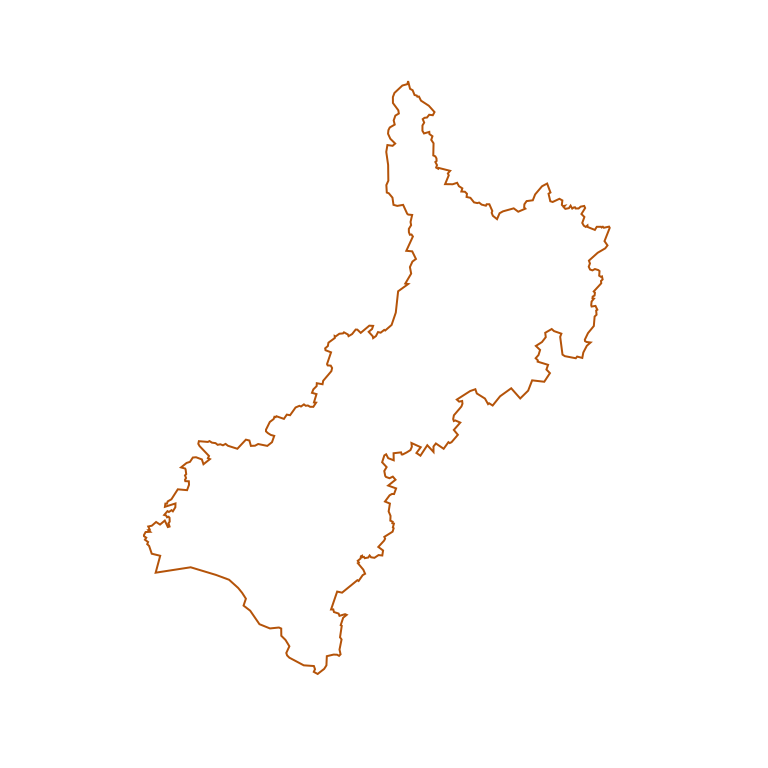 Roscommon Lea-6, Roscommon, Ireland (Albers equal-area conic projection), rotated 107°
{"feature_id": "5873133B51577512339475", "entity_name": "Roscommon Lea-6", "entity_type": "district", "adm_level": 2, "iso_a3": "IRL", "parent_name": "Ireland", "parent_adm1": "Roscommon", "projection": "albers", "projection_center": [-8.414, 53.724], "detail": "fine", "context": "isolated", "style": "outline", "palette": "amber", "viewbox_px": 768, "rotation_deg": 107, "n_neighbors": 0, "source": "geoboundaries", "source_scale": "gbopen_adm2", "svg_char_len": 6157}
<svg xmlns="http://www.w3.org/2000/svg" viewBox="0 0 768 768"><g transform="rotate(107 384 384)"><path d="M173.3,444.1L188.3,439.3L193.1,439.9L200.1,437.3L200.2,435.2L203.3,430.4L209.9,427.3L209.8,423.4L207.1,418.1L214.4,411.6L214.9,410.4L214.1,406.5L221.3,406.0L224.2,404.5L228.4,405.6L231.5,404.6L233.7,402.9L233.0,401.4L234.5,399.5L250.1,401.6L248.9,395.8L255.1,390.0L258.6,392.6L264.6,393.4L270.5,390.3L281.7,393.0L281.3,390.1L291.2,397.6L312.3,393.6L325.3,394.0L332.5,398.5L332.2,399.6L335.9,402.2L336.1,404.9L340.5,405.7L343.3,407.8L341.6,408.8L338.6,413.9L334.9,411.5L331.6,411.4L332.5,415.1L341.9,421.2L339.8,425.4L340.2,427.0L345.6,429.1L348.6,431.9L347.2,433.0L346.3,437.4L347.6,438.0L349.0,441.4L352.7,444.2L352.5,445.2L354.4,444.5L360.7,449.2L364.1,448.8L367.1,450.7L368.8,449.8L369.2,443.9L381.6,444.3L382.7,443.3L382.0,440.3L383.9,438.3L387.1,438.1L398.7,443.1L402.2,442.7L402.9,448.5L405.7,447.8L409.8,450.0L413.5,450.3L413.4,445.6L422.1,445.6L421.7,443.5L426.5,444.9L427.4,448.0L426.8,450.5L427.7,452.5L426.9,454.6L429.8,456.8L429.6,458.5L432.3,461.7L441.3,464.7L441.7,468.0L446.6,469.5L446.3,477.5L447.4,477.9L447.4,479.2L449.8,479.3L453.7,482.1L462.2,483.5L463.8,483.0L464.9,480.7L465.8,477.4L465.7,473.8L472.4,474.1L477.3,477.5L478.2,486.8L480.7,489.3L482.1,493.2L477.4,496.2L477.6,499.8L488.8,505.3L488.7,515.2L487.6,518.0L489.7,520.1L489.5,522.9L490.8,525.3L489.8,527.8L490.4,531.4L489.6,534.2L490.9,535.5L492.8,544.3L495.5,544.1L497.3,542.2L504.0,530.3L506.4,530.7L506.7,528.5L513.5,533.2L509.4,536.1L509.0,542.3L510.2,545.3L515.2,546.8L517.2,549.7L523.1,553.7L523.0,549.4L523.8,548.7L528.0,546.8L529.6,547.6L531.8,545.8L533.8,546.3L535.0,545.6L534.1,542.2L537.4,541.0L543.1,541.3L545.0,550.4L556.4,553.6L559.5,556.5L561.9,556.6L562.3,558.1L565.5,557.6L559.2,548.5L562.9,547.5L567.5,548.7L566.8,550.3L569.3,552.3L568.9,553.9L573.5,555.9L573.5,553.8L574.9,552.5L573.9,551.2L574.6,550.0L578.3,548.7L580.2,549.4L583.0,547.4L584.0,548.9L578.7,553.7L583.9,557.1L582.6,561.6L587.4,564.6L589.2,567.8L591.8,565.4L592.6,566.7L593.7,564.4L595.3,568.7L598.7,569.4L599.7,569.0L600.5,566.4L602.8,567.1L604.1,563.4L606.4,563.6L607.5,561.3L614.2,556.5L613.7,547.8L631.2,547.2L615.8,515.3L615.7,489.0L616.5,474.9L621.7,463.8L625.2,458.6L629.7,453.3L637.0,453.5L639.9,445.7L650.1,432.9L651.1,421.6L647.6,413.3L647.9,410.8L654.8,408.6L657.6,403.3L662.5,397.8L669.8,398.8L671.9,397.3L673.4,394.5L676.5,378.5L674.2,368.6L676.9,366.6L679.8,367.0L680.7,362.7L673.9,357.9L669.9,356.8L661.0,359.1L657.5,353.1L656.6,349.7L657.1,347.5L655.2,346.5L651.0,348.9L640.7,349.9L639.1,352.0L627.6,353.7L627.3,354.9L619.4,354.7L615.7,352.2L615.5,353.9L618.7,358.8L616.8,360.3L616.7,365.2L614.4,366.6L615.1,368.7L596.2,368.1L595.8,363.1L579.4,352.1L579.8,350.7L573.0,348.5L571.0,346.6L567.6,349.5L563.0,356.6L562.1,355.8L560.8,357.4L557.8,355.4L555.5,355.7L554.6,354.7L556.0,354.1L555.2,352.6L556.2,351.5L554.5,348.3L552.2,347.6L553.5,345.7L553.0,342.3L549.2,339.2L548.5,335.5L543.5,336.2L541.5,341.8L533.7,338.1L531.6,337.7L530.1,339.0L522.7,332.6L519.1,332.6L518.6,333.6L514.6,333.7L514.7,335.3L513.2,335.4L512.8,338.0L508.2,339.2L504.5,342.3L496.6,343.4L496.1,348.7L488.8,346.1L486.8,344.2L486.3,342.2L480.3,341.9L479.9,350.3L472.2,345.0L470.0,348.5L472.5,351.2L472.3,354.9L471.5,356.0L467.1,358.3L462.7,357.2L459.4,362.9L452.2,362.8L450.6,361.4L453.7,358.3L454.1,352.4L447.4,354.6L444.4,347.7L446.2,346.5L446.0,345.6L442.8,342.3L439.5,339.4L435.9,339.0L432.4,340.5L433.7,330.4L440.5,332.8L441.9,328.2L429.9,324.7L434.5,316.8L429.3,318.4L425.7,317.0L428.5,308.0L420.8,305.4L421.3,303.9L419.9,302.4L411.0,298.5L407.5,303.8L398.6,299.8L398.0,305.2L399.0,306.4L397.3,307.6L393.5,308.0L382.9,303.4L379.9,303.2L377.4,304.3L378.9,307.0L377.6,309.8L365.5,299.5L362.3,295.1L365.9,292.5L368.4,283.2L372.8,278.6L371.7,277.9L372.8,273.8L361.8,269.4L350.9,261.1L358.0,249.5L348.2,244.2L337.2,243.4L335.0,231.4L325.1,228.5L322.7,232.9L317.7,232.7L317.7,243.6L316.4,243.8L315.0,246.5L311.1,244.7L305.8,244.7L303.2,249.9L297.7,245.2L291.9,243.0L287.9,244.8L282.4,239.7L283.7,236.9L284.0,229.1L287.4,229.3L303.7,221.9L304.5,219.2L303.3,208.1L301.3,207.3L301.1,202.0L295.6,202.6L288.1,201.2L283.9,198.6L284.6,202.6L284.2,204.3L282.9,204.9L275.7,203.8L267.2,200.3L257.9,202.3L255.6,201.0L251.7,202.6L250.6,201.7L247.5,204.6L249.2,208.1L248.0,208.9L244.4,209.6L241.0,208.2L241.1,209.7L239.4,210.0L237.8,208.5L235.0,209.0L234.2,210.5L224.2,205.7L222.0,206.6L220.1,205.5L217.4,207.0L218.1,207.8L217.5,209.9L213.0,210.9L212.4,212.3L212.4,215.9L214.4,217.9L214.3,220.4L212.0,222.5L208.5,222.3L206.1,224.1L196.0,218.0L189.6,212.1L186.1,210.8L182.9,214.9L168.7,213.8L167.7,214.8L170.3,219.4L169.6,220.7L170.7,221.6L170.2,222.5L171.5,226.5L175.0,227.4L174.3,235.2L172.9,235.8L174.8,237.0L174.2,239.2L172.0,241.5L165.7,241.2L163.7,244.9L156.9,243.1L155.2,244.6L156.9,247.8L159.2,249.2L160.1,252.1L159.2,252.9L159.5,253.9L161.2,255.3L158.9,257.7L161.8,258.6L163.5,261.8L162.3,263.9L160.7,263.2L161.6,264.8L160.7,266.3L156.3,267.1L155.6,270.4L160.6,275.9L160.6,278.4L153.9,282.3L152.2,280.8L144.6,286.6L148.7,290.7L158.5,294.9L164.8,295.4L167.4,301.1L171.1,302.3L174.1,301.6L175.0,300.1L180.0,306.0L178.1,311.3L184.1,320.7L186.9,323.4L193.3,324.1L191.3,329.1L188.8,331.1L186.9,331.0L181.3,335.8L182.1,338.4L183.7,338.7L183.9,343.1L182.7,346.1L183.7,347.6L184.0,351.0L180.7,355.8L181.0,359.7L177.8,360.3L176.5,362.8L177.3,366.3L174.0,366.3L172.9,370.2L170.2,372.9L172.9,376.7L175.0,384.0L165.5,383.1L164.0,384.5L160.8,383.1L161.4,395.0L162.3,395.1L161.8,397.4L159.2,397.3L156.7,399.8L155.3,398.9L152.9,399.8L151.3,401.5L151.0,403.7L139.3,407.0L136.7,410.2L132.9,410.1L131.7,413.6L129.7,414.4L132.7,419.0L130.6,421.3L125.5,422.8L122.3,422.0L119.4,424.4L117.6,423.1L116.6,420.8L113.3,419.5L112.7,415.9L109.2,415.2L104.8,422.5L102.2,431.5L98.9,434.6L99.5,436.1L98.6,437.0L98.7,439.3L94.7,442.5L94.1,445.4L87.3,449.5L90.4,449.3L93.2,453.7L102.6,459.1L107.0,459.4L112.7,457.6L118.1,450.3L121.0,448.9L124.0,451.6L129.1,451.8L132.8,449.6L137.0,453.5L140.0,454.0L143.5,453.3L147.6,449.7L150.8,443.6L153.7,445.4L154.5,450.6L161.4,449.7L173.3,444.1Z" fill="none" stroke="#b45309" stroke-width="2"/></g></svg>